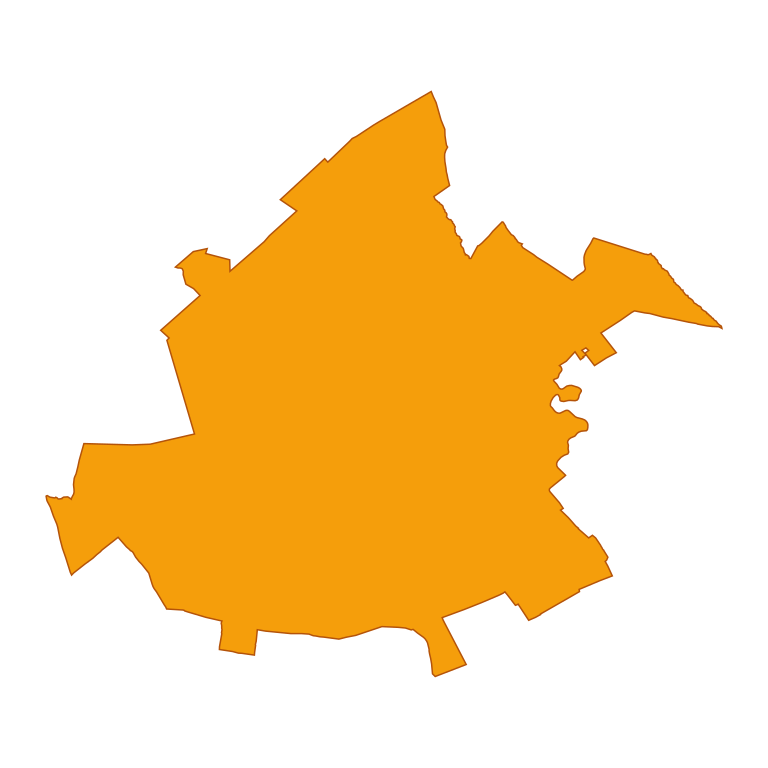 the district of Rauseni, Botosani, Romania
{"feature_id": "2599482B43071956951910", "entity_name": "Rauseni", "entity_type": "district", "adm_level": 2, "iso_a3": "ROU", "parent_name": "Romania", "parent_adm1": "Botosani", "projection": "natural_earth1", "projection_center": [27.226, 47.56], "detail": "fine", "context": "isolated", "style": "filled", "palette": "amber", "viewbox_px": 768, "rotation_deg": 0, "n_neighbors": 0, "source": "geoboundaries", "source_scale": "gbopen_adm2", "svg_char_len": 6085}
<svg xmlns="http://www.w3.org/2000/svg" viewBox="0 0 768 768"><path d="M721.9,328.4L721.6,327.0L721.0,325.8L719.6,325.1L717.8,323.5L716.0,321.0L715.0,320.6L713.9,319.7L713.1,318.4L712.5,318.4L710.4,316.0L709.5,315.7L709.1,315.3L709.0,314.8L708.3,314.1L706.8,313.5L706.9,312.8L706.7,312.5L706.0,312.1L705.8,311.7L703.2,310.4L702.7,309.8L701.6,309.2L701.5,308.4L700.9,307.2L699.7,306.3L698.2,305.7L695.8,303.8L694.2,303.1L692.6,300.3L690.2,298.4L689.2,298.2L688.0,296.7L688.0,296.0L687.7,295.5L686.2,295.2L685.5,294.7L683.0,291.4L683.0,290.1L681.4,289.9L679.9,287.5L679.1,286.7L678.0,285.6L676.2,284.5L675.5,283.3L675.0,282.7L674.2,282.3L673.8,281.8L673.5,279.6L672.9,278.8L671.9,278.3L670.5,276.2L669.1,275.1L668.9,274.0L667.3,271.2L664.4,269.8L663.5,268.7L662.3,268.7L661.2,266.6L661.2,265.7L660.9,265.3L658.4,263.4L658.2,262.6L657.7,262.2L657.6,260.9L657.2,260.2L656.8,259.7L656.1,259.5L655.7,258.4L654.8,257.8L654.7,257.3L654.2,256.7L651.8,255.2L650.9,253.5L648.8,254.6L647.8,254.7L646.5,254.3L645.0,254.2L593.8,238.0L593.0,238.7L590.7,243.3L586.9,249.3L586.0,250.9L584.5,254.9L584.0,257.4L584.1,262.8L584.4,265.0L585.3,268.6L585.2,269.5L583.9,271.4L582.7,272.3L577.1,276.2L572.5,280.2L572.1,280.2L547.7,264.0L536.8,257.2L533.7,254.7L522.7,247.6L521.3,245.2L522.3,243.9L518.9,242.7L517.7,241.8L516.2,239.3L515.1,238.6L515.2,238.2L514.8,237.4L513.2,235.6L511.4,234.7L508.3,230.7L505.9,227.3L505.7,226.2L503.2,222.2L502.1,221.9L492.9,231.2L489.0,236.0L481.8,243.2L478.9,245.6L477.7,245.9L470.9,258.5L469.3,258.4L468.9,256.4L466.4,254.6L465.4,254.9L465.1,253.5L464.3,252.6L463.5,249.1L463.0,248.0L461.6,246.6L461.0,245.7L460.5,242.8L461.4,241.9L461.9,240.1L461.4,239.5L460.2,239.0L459.7,237.0L459.1,236.4L456.8,235.4L456.6,234.5L456.1,233.5L455.3,232.4L455.1,231.7L455.2,230.5L454.7,228.8L455.2,226.7L454.4,225.7L454.1,224.7L453.2,223.4L452.5,222.9L452.5,221.7L451.8,221.2L450.8,219.7L449.4,219.6L448.4,219.0L446.5,217.0L446.9,215.1L446.8,213.9L446.0,212.6L444.9,211.8L444.8,210.2L443.6,208.8L442.8,205.9L442.0,205.3L441.6,204.7L440.0,203.8L439.3,202.5L438.1,202.1L437.4,201.2L435.1,199.4L433.9,196.5L449.6,185.5L447.8,178.5L447.1,174.7L446.4,172.1L446.0,168.4L444.9,161.6L444.6,157.2L444.7,153.8L445.8,150.4L447.6,147.1L446.5,145.3L445.8,141.3L445.0,135.7L444.8,129.3L441.0,119.9L436.1,102.6L433.4,96.9L431.2,91.5L379.7,121.4L373.9,124.9L356.3,136.5L352.2,138.5L349.7,141.2L327.8,162.1L324.7,158.7L280.3,199.7L296.8,210.9L269.4,235.7L264.2,241.7L230.0,271.3L229.7,259.8L205.6,253.5L207.2,248.6L193.3,251.6L175.4,267.1L178.0,268.0L180.3,268.0L182.2,268.7L183.3,271.1L183.2,274.8L185.9,284.2L193.6,288.6L200.1,295.5L160.7,330.3L169.1,338.0L166.9,340.3L194.5,434.0L150.2,444.2L132.2,444.9L83.9,443.6L79.3,460.0L77.9,466.6L76.1,473.8L74.7,476.9L74.2,478.4L73.5,484.7L74.0,489.0L74.1,492.0L73.6,494.2L72.2,496.7L71.7,498.0L71.1,498.3L71.2,499.1L69.4,498.0L68.6,497.3L67.6,496.9L63.8,497.1L62.1,498.0L62.0,498.6L59.0,499.0L58.2,499.0L57.3,498.0L55.8,497.2L55.1,497.8L54.5,497.9L49.8,497.1L47.3,495.6L46.3,495.9L46.1,496.2L46.8,500.0L47.3,501.4L50.3,507.0L53.4,516.0L56.8,524.1L57.7,527.2L59.9,538.5L62.5,548.4L65.8,557.9L70.3,572.3L71.6,575.1L73.7,572.9L85.0,564.0L92.8,558.3L96.9,554.5L100.3,551.8L102.1,549.9L118.1,537.3L126.4,546.8L129.6,549.6L130.4,550.6L131.9,551.3L133.0,552.4L135.6,557.1L139.0,561.4L141.8,564.3L148.8,573.1L152.1,584.0L153.0,586.5L154.2,588.7L156.6,592.0L164.3,604.9L165.8,607.1L166.6,609.0L182.9,610.0L184.1,610.3L184.6,610.9L187.3,611.8L205.8,617.3L221.9,621.0L221.2,623.2L221.7,625.6L221.7,628.2L222.0,629.6L221.5,632.8L221.8,633.7L219.5,646.7L219.4,649.5L232.5,651.5L238.3,653.1L241.8,653.3L254.4,655.1L254.6,652.5L255.6,645.3L255.4,644.5L256.2,641.2L257.3,629.7L265.5,631.1L291.0,633.6L301.7,633.6L309.0,634.1L313.2,635.7L315.8,636.0L319.9,636.8L323.8,637.1L338.9,639.1L346.4,637.2L355.7,635.4L381.9,626.6L398.0,627.3L405.4,628.0L411.2,629.9L413.1,629.4L417.5,633.0L423.5,637.3L425.0,638.7L426.6,641.0L427.5,642.8L429.1,649.3L429.1,651.1L429.6,654.0L430.6,658.2L431.6,663.9L432.5,673.8L435.2,676.5L466.2,664.5L444.6,623.0L442.9,619.6L442.2,617.6L464.2,609.5L481.1,602.8L499.4,595.0L503.2,593.1L504.9,591.9L507.2,594.6L515.4,605.3L517.2,604.7L518.1,604.1L528.7,620.3L535.6,617.3L540.6,614.5L540.5,614.0L579.5,591.6L579.1,589.4L600.0,580.6L612.3,575.9L607.8,566.1L605.2,561.4L606.6,560.2L607.9,557.2L603.8,550.6L603.8,550.3L602.7,549.3L601.8,547.4L600.9,546.2L600.8,545.6L595.6,537.9L592.4,535.3L588.7,537.9L578.4,528.9L578.2,528.5L578.4,528.2L575.8,526.1L568.3,517.6L560.5,510.1L563.2,508.4L559.4,502.7L549.7,491.4L549.3,490.2L549.4,489.0L550.5,487.8L564.4,476.5L565.6,475.3L557.9,467.8L557.0,466.3L556.7,465.4L556.7,463.0L557.8,460.8L561.0,457.3L564.3,455.2L567.8,453.9L568.7,452.1L568.1,448.7L568.4,445.3L567.6,442.4L567.8,441.0L568.9,439.3L570.7,437.9L574.5,436.3L575.2,435.8L577.1,433.4L578.7,432.2L581.3,431.2L586.4,430.7L587.4,429.7L587.8,427.7L587.9,425.5L587.8,424.2L587.4,423.0L586.4,421.4L584.8,420.0L582.2,418.9L577.1,417.6L575.2,416.7L569.4,411.3L567.9,410.4L566.8,410.3L565.6,410.5L560.0,413.2L558.0,413.1L556.5,412.5L555.4,411.7L554.3,410.6L552.3,407.9L550.8,406.5L550.4,405.7L550.4,403.6L551.1,401.1L553.2,397.5L555.6,395.1L556.8,394.6L557.7,394.6L558.4,395.0L559.8,397.7L559.9,399.9L560.3,400.6L561.1,401.1L563.8,401.5L568.3,400.5L570.0,400.4L575.1,400.7L577.1,400.1L577.8,399.4L578.6,397.9L579.3,394.7L581.2,391.4L581.3,390.5L581.0,389.8L580.5,389.1L579.5,388.2L577.9,387.3L571.7,385.4L569.3,385.5L566.8,386.1L563.3,388.6L562.1,389.1L560.6,389.0L559.2,388.1L556.9,384.3L554.1,381.3L553.5,380.1L553.9,379.5L554.6,379.1L556.6,378.5L557.8,377.8L558.4,376.7L559.1,374.1L561.3,371.1L561.8,370.1L561.8,368.9L561.0,366.9L559.4,365.6L561.4,364.2L566.3,361.2L575.0,351.8L580.4,359.7L583.6,357.4L583.1,356.8L586.0,355.0L585.2,353.8L581.8,350.3L585.9,347.9L588.7,350.4L585.0,353.2L594.5,365.6L606.4,357.9L616.3,352.7L600.9,333.0L620.5,320.3L631.9,312.3L634.5,310.9L644.9,312.9L649.8,313.5L663.2,317.1L671.8,318.6L688.7,322.2L696.4,323.5L697.7,324.1L707.2,325.9L712.5,326.5L718.7,326.7L721.9,328.4Z" fill="#f59e0b" stroke="#b45309" stroke-width="1.5"/></svg>